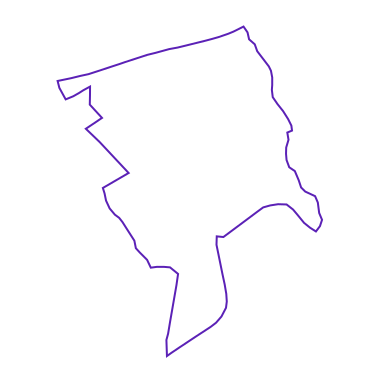 Makadara, Nairobi, Kenya, rotated 267°
{"feature_id": "3690345B46803652809232", "entity_name": "Makadara", "entity_type": "district", "adm_level": 2, "iso_a3": "KEN", "parent_name": "Kenya", "parent_adm1": "Nairobi", "projection": "albers", "projection_center": [36.866, -1.295], "detail": "fine", "context": "isolated", "style": "outline", "palette": "violet", "viewbox_px": 384, "rotation_deg": 267, "n_neighbors": 0, "source": "geoboundaries", "source_scale": "gbopen_adm2", "svg_char_len": 1505}
<svg xmlns="http://www.w3.org/2000/svg" viewBox="0 0 384 384"><g transform="rotate(267 192 192)"><path d="M335.9,176.7L332.9,163.0L331.3,154.6L325.3,132.2L323.6,126.3L321.4,118.1L317.5,103.8L315.1,94.8L313.8,86.7L312.0,77.3L309.9,63.6L302.9,65.0L291.1,70.7L293.8,78.4L296.8,84.4L299.3,88.8L302.6,95.7L294.1,95.2L284.6,94.5L270.7,106.0L260.7,89.3L246.6,102.5L214.3,129.7L200.7,103.2L195.2,104.6L187.9,105.7L179.9,108.9L173.4,113.8L170.0,117.9L165.6,121.0L159.4,124.5L152.9,128.2L146.4,131.9L138.8,133.0L134.4,136.6L126.6,143.6L118.6,146.9L119.1,153.2L118.7,160.1L117.9,166.1L110.9,173.8L99.8,171.6L63.9,163.4L51.7,160.7L45.6,158.7L29.5,158.4L32.5,163.1L37.6,171.6L42.5,179.9L47.4,188.2L56.3,203.5L60.2,209.2L66.1,214.9L74.6,219.9L80.8,221.0L88.5,220.9L98.0,219.8L107.9,218.2L126.0,215.5L138.0,213.7L146.4,214.4L145.4,221.0L151.0,229.4L160.4,243.5L168.9,256.2L172.9,262.3L174.5,269.4L175.3,277.3L174.6,285.8L169.2,292.0L163.5,296.3L155.3,302.3L150.1,308.1L146.1,313.7L151.2,318.0L157.4,320.4L164.4,317.9L174.9,317.1L181.4,314.7L186.5,305.1L190.8,301.2L198.1,299.2L207.5,295.8L211.6,290.4L219.0,288.1L225.2,287.9L231.5,288.4L239.1,291.1L246.4,290.3L248.1,295.1L253.1,294.7L259.8,291.8L268.0,287.2L275.3,282.0L282.5,277.6L289.8,277.1L294.6,277.7L302.2,278.1L308.9,277.2L313.4,275.3L321.9,269.5L329.2,264.5L336.2,262.4L341.5,257.0L348.5,255.8L354.5,252.1L350.0,241.8L348.1,236.4L345.3,226.6L343.7,219.6L342.4,213.4L338.5,193.2L337.0,185.2L335.9,176.7Z" fill="none" stroke="#5b21b6" stroke-width="2"/></g></svg>